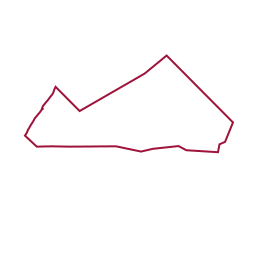 Benichab, Inchiri, Mauritania, rotated 46°
{"feature_id": "47542326B98603827415339", "entity_name": "Benichab", "entity_type": "district", "adm_level": 2, "iso_a3": "MRT", "parent_name": "Mauritania", "parent_adm1": "Inchiri", "projection": "natural_earth1", "projection_center": [-15.686, 19.224], "detail": "fine", "context": "isolated", "style": "outline", "palette": "rose", "viewbox_px": 256, "rotation_deg": 46, "n_neighbors": 0, "source": "geoboundaries", "source_scale": "gbopen_adm2", "svg_char_len": 691}
<svg xmlns="http://www.w3.org/2000/svg" viewBox="0 0 256 256"><g transform="rotate(46 128 128)"><path d="M102.7,49.9L100.4,78.2L82.2,151.0L48.1,151.5L49.2,154.4L50.4,156.7L51.1,158.4L51.6,162.2L52.4,167.3L52.5,168.9L52.9,172.0L53.0,173.4L54.2,176.3L55.0,176.2L54.8,177.3L55.1,178.4L55.6,181.2L55.7,183.1L56.1,185.7L56.2,188.1L56.9,190.1L57.5,192.3L58.2,195.2L58.7,197.1L59.4,199.4L59.9,201.6L60.5,202.5L61.2,204.4L61.9,207.4L78.0,206.6L88.0,195.8L97.2,186.6L100.9,182.9L115.2,167.9L120.4,162.4L132.9,149.3L154.0,135.0L160.3,124.5L176.1,104.2L182.6,102.1L184.5,101.5L201.0,86.4L207.9,80.1L203.3,73.5L205.4,67.8L196.9,48.6L102.7,49.9Z" fill="none" stroke="#9f1239" stroke-width="2"/></g></svg>